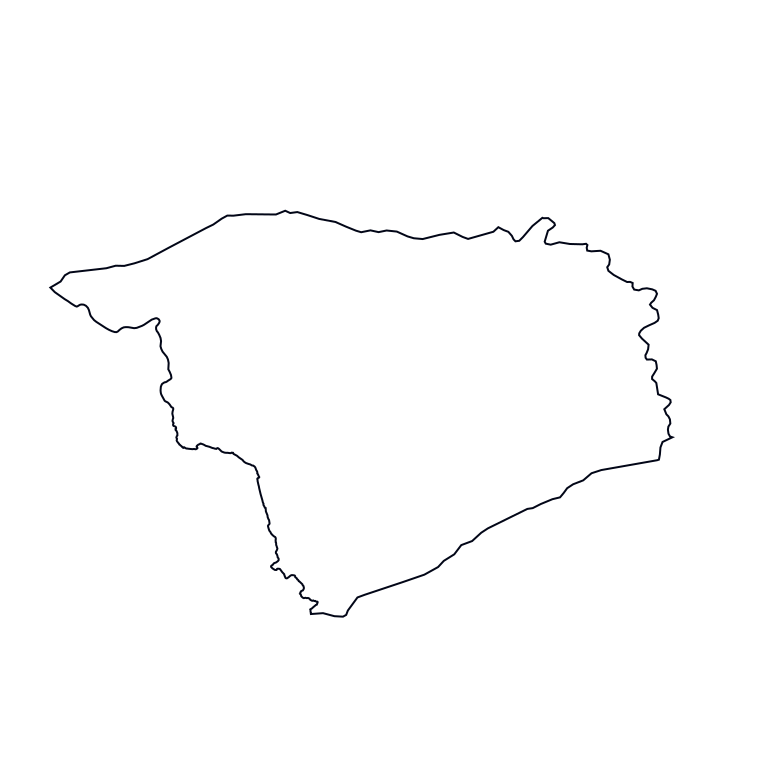 Soca, Canelones, Uruguay, rotated 162°
{"feature_id": "84410073B54882123998895", "entity_name": "Soca", "entity_type": "district", "adm_level": 2, "iso_a3": "URY", "parent_name": "Uruguay", "parent_adm1": "Canelones", "projection": "mercator", "projection_center": [-55.499, -34.679], "detail": "fine", "context": "isolated", "style": "outline", "palette": "ink", "viewbox_px": 768, "rotation_deg": 162, "n_neighbors": 0, "source": "geoboundaries", "source_scale": "gbopen_adm2", "svg_char_len": 6162}
<svg xmlns="http://www.w3.org/2000/svg" viewBox="0 0 768 768"><g transform="rotate(162 384 384)"><path d="M176.5,491.0L181.1,492.4L182.0,493.1L194.0,488.4L206.4,480.8L211.1,478.4L214.9,479.1L216.1,481.6L216.6,485.4L218.7,490.3L222.6,493.4L226.8,497.8L232.9,495.0L259.2,496.0L263.8,499.6L270.8,506.5L285.1,508.7L302.4,509.9L310.6,513.4L316.0,517.1L324.7,525.0L334.1,529.2L342.2,530.1L349.4,534.3L358.8,535.4L363.3,538.5L371.5,545.4L380.1,553.1L394.6,561.0L404.6,568.3L413.3,574.3L420.4,575.6L424.4,579.3L434.4,578.6L462.9,588.2L475.1,590.6L481.0,592.6L487.3,591.4L497.1,588.4L505.0,587.3L546.6,580.1L570.3,575.8L584.1,575.9L594.6,576.6L602.6,579.4L612.3,579.9L648.3,587.2L653.9,586.0L659.9,581.4L671.5,578.8L668.7,573.1L661.4,563.3L659.0,560.5L656.6,557.2L653.6,553.6L652.3,552.6L651.5,552.6L649.5,553.1L648.4,553.3L646.8,553.0L645.0,552.2L643.3,550.5L642.1,548.0L641.8,545.4L642.0,540.8L641.8,539.0L640.0,534.4L638.4,532.0L631.2,523.1L628.8,520.5L626.4,518.3L624.0,516.6L622.4,516.0L620.9,516.2L618.8,517.2L616.5,518.0L614.1,518.3L612.0,517.9L609.5,517.0L604.4,514.3L601.8,513.8L596.1,514.1L593.8,514.5L585.0,517.0L581.1,517.1L579.8,516.8L578.8,515.8L578.2,515.0L578.0,514.1L577.9,513.2L578.3,512.4L579.1,511.5L580.8,510.2L582.6,509.3L583.3,508.2L583.8,506.5L583.7,504.4L583.1,503.0L582.6,500.3L582.3,496.8L582.8,493.6L584.9,489.0L585.0,486.3L584.6,483.2L582.2,477.0L581.9,474.1L582.3,470.5L584.6,464.6L584.1,461.9L583.8,458.4L584.2,455.8L584.5,455.2L585.5,454.6L588.3,453.9L589.8,453.4L591.0,453.2L592.3,453.4L594.9,452.7L595.9,451.8L597.1,450.3L598.5,446.9L598.9,445.1L599.1,443.6L598.9,441.7L597.8,435.9L597.3,435.1L595.5,433.4L594.9,432.4L594.2,430.8L593.3,427.7L592.3,426.8L592.0,426.1L592.2,425.2L593.7,422.9L594.5,421.1L594.8,417.4L595.1,416.5L595.5,416.1L596.4,414.6L596.6,413.7L596.2,411.9L596.3,411.6L597.0,411.0L597.3,409.8L597.1,409.2L595.6,408.0L595.3,407.4L595.2,407.0L595.5,405.9L595.7,405.6L596.2,405.6L596.4,404.6L595.8,403.3L595.7,401.2L596.4,398.9L597.2,398.4L598.0,397.3L598.0,396.6L597.8,395.8L598.6,394.5L598.6,393.6L598.0,391.8L597.4,390.5L597.4,389.8L597.3,389.6L596.9,389.3L596.5,388.4L595.8,387.5L595.6,386.7L594.6,386.0L594.5,385.8L594.6,385.3L594.3,385.2L593.4,385.4L592.5,384.2L591.3,383.4L591.0,383.4L589.9,382.8L586.3,381.2L584.7,380.9L583.5,380.2L583.0,380.1L581.6,380.4L581.3,380.6L581.2,381.1L581.4,381.5L581.3,381.9L581.6,382.3L581.2,382.9L580.4,383.3L579.3,383.7L577.6,383.8L577.1,384.1L576.7,384.0L574.6,382.4L573.5,381.3L572.8,380.4L569.4,378.2L566.9,376.1L566.1,375.7L565.0,374.9L563.5,374.1L562.4,374.5L561.8,374.3L561.0,373.3L559.4,370.2L559.1,369.8L557.4,368.4L556.3,367.7L553.8,366.8L552.2,366.0L551.1,365.6L550.2,365.8L549.7,365.4L549.1,365.4L548.8,365.2L548.7,364.0L546.0,361.2L544.7,359.0L542.0,355.5L541.4,353.8L540.7,352.7L539.7,351.5L537.5,349.8L536.0,348.8L534.7,347.3L533.7,346.9L532.6,345.5L532.2,344.4L532.1,341.6L531.7,340.0L531.8,339.0L532.2,338.0L531.7,336.9L531.8,336.0L531.4,334.0L531.7,333.7L532.1,333.5L532.9,333.5L533.6,333.2L533.9,332.8L533.8,332.2L534.2,330.8L534.6,326.6L534.6,325.6L534.9,323.5L535.4,317.3L535.6,311.1L535.8,308.9L535.6,307.4L535.8,307.1L536.0,305.9L535.6,304.4L535.6,303.3L535.4,302.9L534.9,302.6L535.7,299.3L535.4,295.2L535.8,293.2L535.7,292.3L535.7,291.5L535.4,290.3L535.4,289.9L535.9,286.8L536.3,286.2L537.6,285.5L538.2,284.9L538.3,284.3L538.4,282.2L538.4,280.0L537.7,278.0L537.6,276.6L537.3,276.2L537.1,275.5L536.1,273.7L535.4,272.7L534.8,272.1L534.6,271.5L534.7,270.3L534.9,269.7L535.3,269.2L535.6,267.8L535.9,267.2L535.7,266.8L535.8,265.9L536.3,264.2L536.2,262.6L536.3,262.1L536.2,260.6L536.5,260.0L537.6,258.7L538.6,257.9L539.0,256.9L539.0,256.2L538.5,255.2L538.5,253.1L538.7,252.0L538.2,250.6L538.5,249.4L538.6,249.1L539.7,248.3L541.9,247.6L543.7,247.6L544.5,247.3L545.5,246.5L547.2,246.0L547.7,245.6L547.9,245.0L547.1,243.2L545.6,241.3L545.2,240.9L544.0,240.4L543.6,240.4L542.8,241.2L542.1,241.2L540.7,240.6L540.1,240.1L538.9,236.4L537.7,234.0L537.9,233.5L537.7,232.7L537.8,231.6L537.6,231.0L537.7,230.4L537.4,229.7L536.8,229.3L536.1,229.2L534.2,229.8L532.3,230.6L531.2,230.8L530.3,230.6L528.6,229.8L528.1,229.4L527.9,228.8L528.1,227.9L528.0,227.6L527.0,226.1L526.9,225.0L526.4,224.5L526.0,223.4L526.0,222.8L525.5,222.4L523.7,219.1L523.5,218.7L523.5,217.7L523.0,216.7L523.2,214.7L523.8,213.8L524.9,212.8L526.8,212.6L527.4,212.2L527.5,211.8L528.2,211.3L528.3,210.6L528.7,210.4L528.3,209.5L528.1,208.7L528.3,208.0L528.2,207.5L527.3,205.9L526.4,205.1L524.9,205.0L523.6,204.2L522.4,204.0L521.3,203.0L520.7,201.4L519.3,200.0L518.2,200.0L517.3,199.1L516.4,198.9L515.9,198.2L515.0,197.5L514.6,197.5L514.5,197.3L514.6,196.8L516.1,194.9L517.2,194.9L517.5,194.7L520.5,193.5L521.7,192.9L523.8,192.4L523.8,191.6L524.3,189.9L524.1,189.3L524.5,188.5L524.6,187.8L512.8,184.9L502.9,178.5L494.9,175.4L491.3,176.1L488.4,179.7L475.2,189.2L467.5,189.5L427.7,189.8L404.5,190.2L389.1,193.2L381.8,197.3L369.8,200.3L360.3,206.9L348.7,207.4L337.5,212.5L329.8,214.6L286.3,220.9L280.9,220.0L272.0,221.4L259.4,222.4L251.6,221.8L246.7,224.9L242.0,228.3L235.1,230.2L224.3,230.8L214.2,235.0L203.9,235.0L147.8,227.1L145.9,227.1L143.4,231.7L140.7,238.2L137.0,242.8L126.2,244.2L128.2,245.7L128.8,248.8L128.1,252.8L126.7,255.6L123.9,257.9L123.0,262.0L123.5,265.3L124.8,267.9L125.2,273.4L119.4,276.0L117.0,278.0L116.6,280.3L117.8,282.0L120.0,284.1L126.5,289.5L124.7,300.8L125.5,302.7L127.5,305.9L126.7,308.2L123.8,310.6L119.7,314.2L118.9,317.8L118.5,321.6L121.6,324.6L126.4,326.0L127.1,328.1L126.5,330.6L124.7,332.3L122.1,335.4L120.2,339.6L124.6,347.4L126.3,351.6L125.6,353.3L123.3,355.3L119.3,357.1L113.7,357.9L107.8,358.5L104.1,359.6L102.4,361.7L101.8,365.2L101.5,369.9L105.1,373.5L106.5,377.3L104.8,378.7L101.4,380.2L98.6,382.9L96.5,385.4L96.9,388.7L99.6,391.1L104.4,393.8L108.9,394.7L112.7,394.3L116.9,396.5L117.6,399.9L116.3,403.2L118.3,405.0L121.3,405.9L125.5,410.0L131.8,416.7L135.6,422.3L135.6,426.1L132.9,428.1L130.8,432.4L130.5,438.0L136.9,443.8L145.8,446.1L149.5,448.1L149.1,451.0L147.6,453.3L148.5,454.9L152.3,455.6L163.9,459.7L173.4,464.6L182.4,465.0L186.8,467.5L187.2,469.7L180.7,479.1L175.1,480.7L172.3,482.3L172.3,484.4L176.5,491.0Z" fill="none" stroke="#020617" stroke-width="2"/></g></svg>